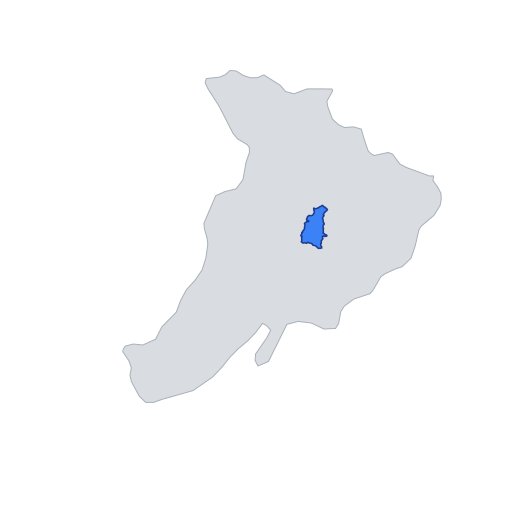 location of Jarabacoa, La Vega, Dominican Republic, rotated 121°
{"feature_id": "3306468B89107795210133", "entity_name": "Jarabacoa", "entity_type": "district", "adm_level": 2, "iso_a3": "DOM", "parent_name": "Dominican Republic", "parent_adm1": "La Vega", "projection": "natural_earth1", "projection_center": [-70.715, 19.099], "detail": "fine", "context": "in_parent", "style": "filled", "palette": "blue", "viewbox_px": 512, "rotation_deg": 121, "n_neighbors": 0, "source": "geoboundaries", "source_scale": "gbopen_adm2", "svg_char_len": 6382}
<svg xmlns="http://www.w3.org/2000/svg" viewBox="0 0 512 512"><g transform="rotate(121 256 256)"><path d="M96.7,342.5L97.2,323.2L99.8,315.3L97.4,307.0L86.4,298.2L79.6,286.9L73.7,276.8L75.0,275.4L87.0,274.9L91.2,271.2L99.3,261.0L101.0,252.7L100.3,246.4L95.1,238.9L93.0,231.1L99.5,224.2L108.0,214.2L109.1,210.3L109.0,206.5L99.1,195.9L98.4,191.4L103.1,179.9L102.6,172.3L98.1,148.6L95.9,145.0L100.3,143.1L103.2,136.0L107.1,129.7L112.2,126.3L118.0,124.2L129.5,124.4L145.4,129.8L149.9,129.8L165.2,124.8L177.9,122.0L189.9,125.2L194.7,129.4L204.6,136.2L209.5,138.3L225.1,138.1L229.4,138.8L242.5,150.0L253.5,154.5L259.9,154.7L271.4,150.4L277.1,150.5L283.6,160.2L284.9,173.9L290.4,186.3L298.7,194.3L340.0,191.0L349.2,197.6L346.0,203.0L340.2,205.9L320.6,204.6L312.0,205.2L310.3,210.7L310.3,215.7L321.8,216.9L333.0,219.4L344.5,223.4L356.1,226.2L369.3,228.0L382.2,230.9L403.8,240.7L427.7,263.1L434.1,268.2L438.3,275.2L436.3,283.9L427.9,298.0L423.1,302.6L416.0,305.3L411.2,311.1L406.6,321.0L403.8,321.9L400.4,321.5L394.7,315.9L390.6,307.2L379.0,299.2L365.4,300.2L345.2,295.4L333.0,297.7L320.8,298.3L308.3,295.8L295.8,295.0L283.3,298.0L271.1,303.2L266.6,306.5L258.8,314.6L254.7,317.5L225.1,321.6L216.6,315.7L208.7,307.6L197.3,306.5L180.8,312.8L170.5,315.0L166.3,317.7L165.1,320.8L165.1,332.1L162.7,338.9L146.6,364.8L137.5,383.1L133.8,388.8L129.5,390.0L121.6,379.5L116.5,375.7L110.3,373.8L107.6,368.2L107.8,360.2L106.1,352.5L102.3,346.5L96.7,342.5Z" fill="#d9dde1" stroke="#a8b0b8" stroke-width="1"/><path d="M187.0,230.1L187.2,229.7L187.5,229.2L188.0,228.8L188.6,228.6L189.0,228.4L189.5,228.4L191.4,228.4L191.8,228.4L192.0,228.5L192.3,228.7L192.5,228.9L192.7,229.2L193.3,229.9L193.3,230.1L193.8,231.1L193.9,231.3L194.1,231.5L194.4,231.7L195.1,231.8L195.6,232.0L195.8,232.1L196.1,232.1L196.3,232.0L196.7,231.8L196.9,231.8L197.2,231.7L198.0,231.8L198.3,231.7L198.5,231.6L198.9,231.4L199.0,231.3L199.0,231.1L199.0,230.9L199.0,230.6L199.0,230.0L199.0,229.8L198.8,229.5L198.8,229.4L198.9,229.2L199.0,229.0L199.0,228.8L199.3,228.8L199.7,229.0L199.9,229.1L200.0,229.2L200.1,229.4L200.2,229.6L200.2,230.0L200.3,230.3L200.5,230.4L201.1,230.5L201.4,230.5L202.0,230.8L202.2,231.0L202.4,231.1L202.8,231.1L203.2,231.1L203.4,231.1L203.6,230.9L203.8,230.5L203.9,230.3L204.1,230.1L204.4,229.9L204.9,229.6L205.0,229.5L205.3,229.5L205.9,229.5L206.1,229.4L206.7,229.1L206.8,229.0L207.2,228.6L207.3,228.6L207.5,228.5L207.9,228.5L209.9,228.5L210.2,228.6L210.5,228.7L210.7,228.8L210.9,228.7L211.6,228.3L211.8,228.3L212.0,228.4L212.1,228.6L212.2,228.8L212.4,228.8L212.5,228.8L212.8,228.7L213.1,228.4L213.4,228.2L213.6,228.2L213.8,228.2L214.9,228.2L215.0,228.2L215.3,228.2L215.5,228.0L215.5,227.9L215.5,227.7L215.4,227.3L215.3,227.1L215.4,226.9L215.5,226.7L215.8,226.6L216.2,226.8L216.3,226.8L216.4,226.7L216.6,226.5L216.8,226.3L216.9,226.1L217.0,226.0L217.7,225.7L218.0,225.6L218.2,225.4L218.4,225.2L218.5,225.1L219.1,224.8L219.4,224.7L219.5,224.6L219.8,224.6L220.3,224.6L220.6,224.3L220.6,223.4L220.7,223.1L220.8,222.7L220.7,222.5L220.7,222.4L220.6,222.2L220.1,221.7L219.9,221.5L219.8,221.3L219.6,220.9L219.3,220.4L219.2,220.3L219.2,220.1L219.3,219.7L219.2,219.3L219.0,219.1L218.8,219.0L218.6,219.0L218.1,219.0L217.9,218.9L217.7,218.8L217.7,218.7L217.6,218.3L217.4,218.0L217.4,217.9L217.4,217.6L217.5,217.4L217.5,217.2L217.3,216.6L217.1,216.3L217.0,215.7L216.8,215.3L216.7,214.8L216.6,214.6L216.5,214.4L216.6,214.2L217.0,213.9L217.1,213.5L217.2,213.4L217.3,213.2L217.4,212.6L217.3,212.4L217.1,211.9L217.0,211.3L216.8,210.9L216.8,210.7L216.7,210.1L216.6,209.7L216.6,209.3L216.8,208.7L217.1,208.2L217.2,207.9L217.1,207.6L217.2,207.3L217.3,207.0L217.3,206.8L217.3,206.7L217.3,206.3L217.1,206.1L216.9,205.9L216.6,205.4L216.4,205.0L216.3,204.9L216.1,204.7L215.9,204.6L215.7,204.3L215.5,204.0L215.4,203.9L215.2,203.8L214.5,204.5L214.4,204.6L214.1,204.7L214.0,204.8L213.9,205.0L213.8,205.5L213.7,205.7L213.6,205.8L213.5,206.0L213.3,206.2L212.9,206.4L212.5,206.8L212.4,206.8L212.1,206.9L211.9,206.7L211.7,206.6L211.4,206.6L211.2,206.7L210.6,207.0L210.2,207.4L209.9,207.8L209.6,207.9L209.4,207.9L209.2,207.9L208.8,207.7L208.7,207.7L208.3,207.8L208.2,207.8L207.8,207.6L207.7,207.6L207.3,207.6L206.7,207.6L206.3,208.0L206.1,208.3L205.7,208.7L205.6,208.8L205.4,208.9L205.1,209.1L204.9,209.1L204.7,208.9L204.4,208.7L204.1,208.3L204.1,208.0L204.0,207.5L204.0,207.3L203.9,207.2L203.7,207.0L203.5,206.8L203.3,206.7L203.2,206.5L203.1,206.3L203.0,206.1L202.9,205.9L202.7,205.8L202.6,205.7L202.4,205.6L202.1,205.7L202.0,205.8L201.8,206.0L201.7,206.2L201.7,206.4L201.7,206.6L201.8,206.9L202.0,207.0L202.2,207.3L202.2,207.5L201.8,208.5L201.7,208.7L201.7,208.8L201.7,209.1L201.7,209.9L201.7,210.2L201.7,210.3L201.5,210.5L201.4,210.5L201.0,210.6L200.8,210.6L200.2,210.9L199.9,211.1L199.6,211.3L198.9,211.9L198.8,212.0L198.7,212.1L197.9,212.2L197.7,212.2L197.6,212.3L197.5,212.8L197.4,212.9L197.3,213.0L197.1,213.1L196.8,213.2L196.6,213.3L196.4,213.5L196.0,213.9L195.9,214.0L195.7,214.1L195.4,214.2L195.0,214.2L194.7,214.1L194.4,214.1L194.0,213.9L193.9,213.9L193.6,213.9L193.1,214.2L193.0,214.3L192.9,214.4L192.8,214.6L192.8,215.0L192.7,215.2L192.6,215.4L192.4,215.6L192.2,215.8L192.0,216.0L191.9,216.0L191.7,216.2L191.5,216.3L190.8,216.9L190.7,217.0L190.4,217.2L190.2,217.3L189.7,217.9L189.4,218.3L189.2,218.6L188.7,218.5L188.3,218.5L188.1,218.7L187.9,218.7L187.6,218.7L187.3,218.7L187.1,218.7L186.6,218.5L186.5,218.4L186.3,218.5L186.2,218.6L186.1,218.8L186.0,219.0L186.0,219.4L186.0,219.6L185.9,219.6L185.7,219.7L185.4,219.7L184.0,219.7L183.7,219.6L183.3,219.4L183.1,219.4L182.6,219.4L182.0,219.4L181.5,219.1L181.3,219.0L181.0,218.8L180.9,218.7L180.7,218.7L180.0,218.7L179.8,218.7L179.6,218.7L179.6,218.8L179.4,219.1L179.2,219.4L179.0,219.6L178.9,219.9L178.9,220.0L178.9,220.5L178.9,220.8L179.0,221.0L179.1,221.3L179.0,221.5L178.7,221.9L178.7,222.1L178.6,222.4L178.7,222.6L178.8,222.9L178.8,223.1L178.8,223.4L178.7,223.8L178.6,224.1L178.5,224.3L178.3,224.8L178.6,225.3L178.9,225.5L179.1,225.6L179.6,225.7L179.8,225.8L180.0,225.9L180.5,226.4L180.6,226.5L181.2,226.9L181.4,227.0L182.0,227.0L182.4,227.2L182.7,227.6L183.0,227.7L183.1,227.8L183.6,228.2L183.9,228.4L184.1,228.5L184.3,228.8L185.1,229.6L185.2,229.8L185.3,229.9L185.4,230.1L185.4,230.3L185.2,230.7L185.1,230.9L185.3,230.9L185.5,231.0L185.8,231.0L185.9,230.9L186.0,230.8L186.1,230.6L186.3,230.4L186.8,230.1L187.0,230.1Z" fill="#3b82f6" stroke="#1e3a8a" stroke-width="1.5"/></g></svg>